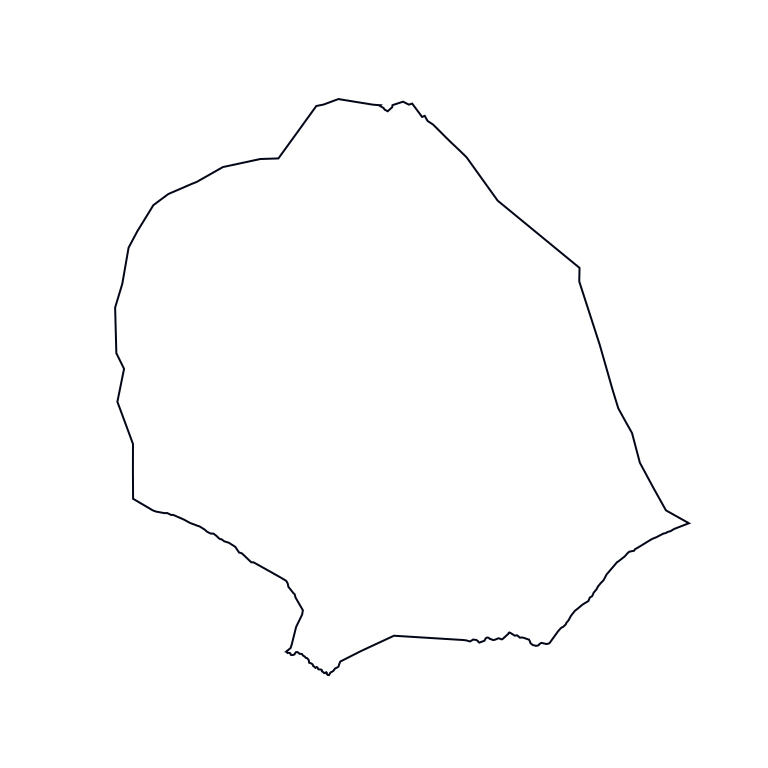 outline of San Pedro Quiatoni, Oaxaca, Mexico, rotated 168°
{"feature_id": "50627088B74520915461068", "entity_name": "San Pedro Quiatoni", "entity_type": "district", "adm_level": 2, "iso_a3": "MEX", "parent_name": "Mexico", "parent_adm1": "Oaxaca", "projection": "mercator", "projection_center": [-96.033, 16.765], "detail": "fine", "context": "isolated", "style": "outline", "palette": "ink", "viewbox_px": 768, "rotation_deg": 168, "n_neighbors": 0, "source": "geoboundaries", "source_scale": "gbopen_adm2", "svg_char_len": 3081}
<svg xmlns="http://www.w3.org/2000/svg" viewBox="0 0 768 768"><g transform="rotate(168 384 384)"><path d="M276.0,96.1L265.3,105.8L262.0,108.3L260.4,109.0L259.3,109.2L256.4,110.9L255.1,112.6L252.7,114.4L249.2,118.5L244.4,122.5L242.4,123.4L236.0,126.8L233.3,127.8L229.2,129.2L227.1,132.3L224.5,133.2L222.2,136.4L218.8,139.0L216.8,141.5L213.1,144.4L210.9,145.8L209.7,146.8L205.9,151.4L193.0,161.3L192.0,161.6L184.4,165.3L180.2,168.4L178.5,169.0L174.1,168.9L172.8,170.2L169.6,171.2L158.6,175.1L156.0,176.0L153.9,176.7L149.0,177.6L141.9,179.6L139.3,179.6L137.5,180.3L134.3,180.5L130.3,181.9L114.7,184.4L134.5,201.8L142.0,226.1L150.1,253.8L151.6,284.5L156.1,298.9L159.9,311.5L161.6,330.5L164.8,377.1L171.7,443.7L168.6,456.9L234.7,539.7L246.0,565.5L256.1,588.6L263.9,600.2L268.3,606.5L272.0,612.1L282.0,627.5L286.7,632.2L288.4,637.8L291.2,637.3L298.1,652.4L301.6,652.1L306.7,656.2L317.7,655.0L318.5,653.0L323.7,650.0L326.4,652.3L327.0,654.0L330.2,656.9L329.4,657.4L336.4,659.4L351.9,665.4L369.4,672.2L385.0,669.9L392.4,670.0L417.8,647.0L440.4,626.6L458.3,629.8L496.5,629.7L525.2,620.6L531.0,619.6L555.4,614.7L572.4,606.9L593.7,584.5L605.5,570.4L619.2,536.3L631.1,514.7L639.4,469.8L635.1,452.9L648.5,422.0L647.6,416.1L644.8,396.9L642.0,377.5L647.6,351.5L653.3,323.9L636.6,308.6L633.7,306.7L625.8,303.4L622.8,302.8L619.5,300.2L617.3,299.7L607.8,292.9L602.5,288.3L598.9,286.1L596.1,284.2L594.2,283.2L590.0,279.2L587.6,276.1L584.7,273.8L581.9,273.1L579.4,270.2L577.8,267.7L576.5,266.3L575.2,265.9L572.9,263.3L568.8,261.0L563.3,255.6L560.8,249.3L558.2,247.9L550.9,237.2L548.7,236.7L526.0,216.8L520.6,211.8L520.5,211.5L519.7,209.1L519.7,205.5L516.1,198.3L515.1,196.8L514.9,193.4L510.4,179.6L512.0,175.5L520.5,164.6L528.1,149.0L530.2,145.2L535.4,142.5L534.9,142.2L534.3,140.9L533.3,140.9L532.2,140.5L531.6,140.0L531.5,138.5L529.6,137.8L527.8,138.1L526.8,139.3L525.8,140.0L524.3,139.7L522.6,137.6L520.5,137.1L519.7,135.3L518.0,133.6L517.6,132.6L516.1,131.7L515.0,129.5L515.2,127.0L513.1,125.7L512.1,124.5L511.8,122.6L511.1,122.2L510.0,120.6L508.6,121.1L508.1,120.6L507.8,119.7L507.6,118.7L506.5,118.2L505.5,118.0L504.6,117.5L504.2,116.8L504.5,116.2L504.3,115.7L503.7,115.2L502.7,113.7L500.3,114.0L500.0,113.3L500.6,112.9L500.2,112.1L499.5,111.1L498.3,110.7L496.4,112.9L493.3,113.8L492.0,115.0L491.0,115.9L488.9,116.4L487.3,117.0L486.1,119.2L484.5,121.6L461.9,127.6L426.6,135.7L359.4,117.0L357.0,116.2L354.6,114.9L353.4,114.3L352.0,114.7L350.1,115.5L347.0,114.5L345.8,113.3L345.0,111.6L344.4,111.2L343.3,111.4L339.1,112.0L337.6,113.9L336.4,114.5L335.8,114.5L335.0,114.3L334.0,113.5L333.6,112.7L332.7,112.5L332.0,111.8L330.4,110.8L328.5,110.8L325.0,111.5L323.4,110.7L321.9,109.7L321.0,109.9L314.0,114.0L313.8,114.6L313.1,114.9L311.6,113.8L308.5,110.7L307.6,110.6L306.5,110.6L306.0,110.4L305.1,109.3L304.1,108.0L303.9,107.7L301.5,107.3L299.4,106.3L298.1,105.4L295.3,103.8L294.8,102.0L294.7,100.4L294.5,100.0L293.1,98.1L292.5,97.6L292.0,97.4L290.7,96.8L290.0,96.3L287.5,96.2L286.1,97.1L286.0,97.3L283.9,98.1L279.2,95.9L278.1,95.8L276.0,96.1Z" fill="none" stroke="#020617" stroke-width="2"/></g></svg>